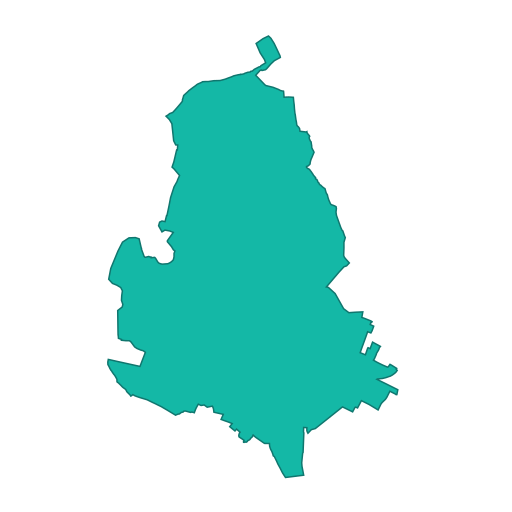 Teius, Alba, Romania, rotated 272°
{"feature_id": "2599482B68392846868701", "entity_name": "Teius", "entity_type": "district", "adm_level": 2, "iso_a3": "ROU", "parent_name": "Romania", "parent_adm1": "Alba", "projection": "mercator", "projection_center": [23.717, 46.211], "detail": "fine", "context": "isolated", "style": "filled", "palette": "teal", "viewbox_px": 512, "rotation_deg": 272, "n_neighbors": 0, "source": "geoboundaries", "source_scale": "gbopen_adm2", "svg_char_len": 6061}
<svg xmlns="http://www.w3.org/2000/svg" viewBox="0 0 512 512"><g transform="rotate(272 256 256)"><path d="M127.3,402.4L132.6,390.8L135.2,385.0L137.0,381.1L137.4,381.8L138.0,386.6L139.0,390.1L140.2,393.2L140.6,394.4L141.8,396.4L143.6,398.7L144.9,400.0L146.6,401.1L147.9,400.0L148.6,400.5L151.6,395.3L152.4,393.7L150.7,392.6L149.5,391.6L149.7,390.9L151.4,386.5L152.9,383.1L154.3,380.1L156.0,377.0L156.3,377.2L157.4,377.9L159.2,378.6L160.9,379.3L162.0,379.7L162.8,379.8L164.1,380.5L166.0,381.6L167.2,382.1L168.4,382.4L168.8,382.6L169.3,383.0L170.0,383.5L174.0,375.5L167.4,373.3L168.3,371.2L168.1,371.0L167.1,370.6L161.1,368.8L161.2,368.4L163.0,363.5L167.3,364.8L178.7,368.5L184.2,370.2L183.1,373.5L184.1,374.0L185.3,374.6L189.9,376.1L190.0,376.1L191.5,372.5L193.4,373.0L193.4,373.5L193.7,373.9L194.4,374.3L195.1,373.1L197.4,366.8L198.3,363.9L203.9,364.7L203.3,357.4L202.6,350.8L206.4,345.4L221.2,336.4L227.1,329.5L227.5,327.4L242.5,339.3L248.3,344.3L249.3,346.9L252.3,349.5L256.8,345.2L258.3,344.1L259.7,343.6L267.3,343.6L272.8,343.4L277.5,344.6L279.3,343.7L284.1,341.9L284.7,341.1L287.5,339.7L295.8,336.4L299.4,335.0L302.6,334.4L306.2,334.7L308.1,334.3L308.7,333.1L309.4,331.2L309.8,329.9L310.0,329.3L310.8,328.6L314.5,326.8L317.3,325.8L319.6,325.2L321.6,323.9L323.5,323.3L325.4,322.7L325.8,322.5L326.4,321.4L327.5,319.9L328.4,318.9L329.0,318.3L329.1,317.9L329.6,317.3L330.2,316.7L331.2,316.3L332.0,315.4L332.4,315.1L333.1,314.9L333.7,314.7L334.7,314.0L335.0,313.1L335.2,312.8L335.5,312.7L336.0,312.8L336.5,312.8L336.7,312.5L337.7,311.6L338.6,310.7L339.9,309.9L341.8,308.5L342.5,308.0L343.3,307.2L343.9,306.9L344.7,306.0L345.3,304.5L346.3,303.5L346.8,303.3L347.2,303.4L347.5,304.0L347.7,304.7L348.3,305.4L348.8,305.9L349.2,306.4L350.0,306.9L350.7,306.8L352.8,307.2L354.4,307.6L357.4,308.8L358.3,309.1L360.1,309.8L361.7,310.4L363.3,309.6L364.5,308.8L366.0,308.1L366.9,307.8L367.6,307.9L368.7,307.7L369.1,307.6L371.8,307.1L372.1,307.0L372.8,306.3L373.2,306.1L374.1,305.7L374.8,305.3L375.5,305.1L376.6,305.0L377.1,305.3L377.5,305.5L378.0,305.2L378.5,304.8L379.5,303.8L381.0,302.7L382.1,302.5L381.6,301.7L381.8,300.6L382.2,295.6L384.9,295.1L385.6,294.6L386.6,293.8L387.5,292.7L388.4,292.2L391.4,291.7L393.4,291.2L398.6,290.3L400.1,289.9L404.5,289.3L408.3,288.9L412.0,288.3L415.9,287.8L416.0,284.7L416.0,282.9L415.7,278.5L421.7,277.8L421.8,277.6L421.7,277.2L421.9,276.3L422.3,274.5L423.2,272.8L425.2,267.1L426.7,259.9L427.4,258.9L436.6,249.4L441.6,253.6L442.1,254.9L441.6,255.5L442.5,259.0L443.5,260.1L448.6,264.3L451.9,267.6L455.3,273.4L456.9,273.0L464.7,269.0L469.1,266.7L474.1,263.3L476.3,260.8L473.5,255.5L468.4,248.7L459.1,253.1L452.6,257.6L449.4,258.9L446.4,254.3L445.3,253.6L445.1,252.4L442.5,247.8L440.7,245.9L440.4,244.3L439.6,243.6L439.3,241.3L438.6,239.6L438.4,238.8L437.6,237.5L437.1,235.6L437.1,234.2L436.8,234.2L436.6,232.3L435.3,227.5L434.3,225.5L432.7,221.5L431.7,219.2L430.1,214.0L429.7,207.7L428.7,202.3L428.6,199.4L428.3,196.5L427.5,195.3L425.9,191.9L425.1,190.7L424.3,189.9L423.0,188.2L421.6,186.4L418.9,183.1L417.6,181.9L414.5,178.7L413.8,178.1L411.6,177.6L409.4,177.0L408.3,177.1L407.6,176.7L402.8,173.0L399.0,169.9L396.5,167.7L395.3,164.7L394.0,163.3L392.6,161.2L389.3,164.7L385.3,167.3L368.3,169.7L364.2,171.9L364.2,173.9L359.3,173.7L359.3,173.0L347.2,170.6L341.9,169.0L340.2,171.0L333.8,176.8L329.7,175.1L327.7,174.5L322.3,171.7L311.4,168.6L303.6,167.4L293.3,165.6L293.3,165.2L287.2,163.9L287.7,160.8L286.5,158.5L282.8,157.6L276.8,161.2L278.7,164.1L278.0,169.0L277.6,169.9L276.7,172.5L268.2,166.9L267.2,166.9L262.3,171.3L259.3,173.2L258.2,174.8L255.7,174.0L252.2,174.1L249.3,173.5L247.4,171.8L246.0,169.8L245.2,168.1L244.6,162.6L244.9,160.9L245.5,159.2L246.4,158.2L247.1,157.7L250.1,155.8L251.1,154.8L250.6,151.3L251.3,151.2L251.4,149.6L251.8,148.9L250.9,145.7L250.9,145.1L251.7,144.2L258.8,141.3L259.4,141.3L259.4,141.2L269.1,138.6L270.2,134.8L269.7,128.4L265.2,122.1L256.2,117.9L238.5,111.3L227.6,109.6L223.6,113.5L222.0,117.9L219.8,121.9L216.5,123.7L211.8,123.2L207.0,123.1L203.0,124.6L200.4,124.1L196.7,119.7L176.1,120.7L172.5,120.9L172.5,121.0L168.9,121.4L167.9,124.5L167.1,124.4L166.8,128.8L166.9,132.5L165.7,134.1L160.9,137.9L159.4,140.3L157.9,144.3L157.4,146.6L155.9,148.8L141.6,143.9L145.6,122.1L147.5,112.0L144.8,111.6L142.3,111.8L140.5,112.9L138.7,113.8L136.6,115.1L136.1,115.7L134.9,116.4L132.8,118.0L132.2,118.6L130.5,119.8L128.8,120.8L127.9,121.3L126.8,121.4L125.9,121.4L125.0,121.8L124.7,122.5L124.2,123.1L123.1,124.3L122.2,125.3L120.6,126.9L120.0,127.6L118.1,130.4L116.9,131.1L115.9,131.6L113.8,133.8L113.2,134.6L111.6,135.8L112.3,136.8L113.2,137.8L112.2,139.5L111.4,141.8L110.4,145.1L109.9,147.0L109.3,149.3L108.8,151.2L108.5,152.3L106.0,157.8L105.1,160.0L103.6,163.3L102.1,166.7L101.1,168.5L99.7,171.1L98.9,172.6L94.1,181.2L94.6,182.1L95.2,183.5L95.5,185.0L96.9,186.6L97.3,187.7L97.5,188.6L98.4,189.3L98.5,190.0L98.6,190.8L98.1,193.1L97.8,194.3L97.4,196.3L97.7,196.8L97.8,197.4L97.5,198.8L97.2,199.8L99.9,200.7L101.5,201.3L103.6,202.3L105.9,203.5L104.7,206.3L105.3,209.4L103.2,212.5L104.4,217.6L103.0,218.4L101.4,218.9L98.4,219.4L96.6,228.8L91.4,226.8L89.0,234.5L87.7,238.0L84.5,235.7L80.4,241.1L82.3,242.6L79.4,246.2L78.7,245.7L77.4,245.3L76.4,245.1L75.6,245.1L74.6,245.4L74.4,245.7L71.4,250.5L70.3,250.0L69.4,250.1L69.3,250.6L69.7,251.3L69.6,252.2L69.7,253.1L70.5,253.9L71.3,254.3L71.6,255.2L72.4,256.3L73.8,257.2L75.0,258.5L76.0,259.1L76.8,259.1L77.0,259.4L75.8,260.7L74.8,262.0L71.7,266.8L69.0,271.0L69.1,276.0L67.8,276.1L66.2,276.3L64.0,277.1L62.6,277.8L61.3,278.6L58.4,279.8L56.9,280.2L56.5,280.9L56.1,281.4L51.8,283.7L48.9,285.1L44.7,287.6L42.3,288.9L40.3,290.0L38.4,291.3L35.7,293.2L38.6,311.3L47.4,309.3L50.9,308.9L60.5,309.5L61.3,309.9L80.9,310.0L81.8,309.6L86.3,309.6L86.2,312.8L83.3,312.9L82.1,313.3L80.7,314.1L84.4,317.4L85.6,321.3L108.2,347.7L103.6,358.0L108.1,360.2L108.4,360.6L108.4,361.0L107.7,362.8L115.1,366.4L111.6,374.1L106.4,383.4L112.3,386.0L113.9,387.1L117.3,390.4L119.4,391.7L125.5,394.5L122.9,400.1L122.3,400.9L122.4,401.6L127.3,402.4Z" fill="#14b8a6" stroke="#0f766e" stroke-width="1.5"/></g></svg>